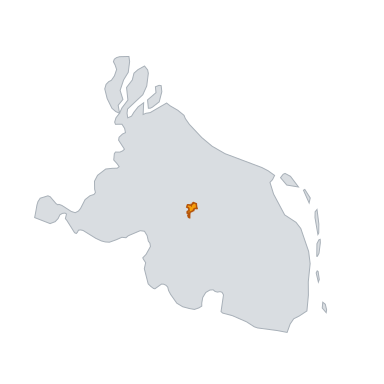 location of Nijkerk, Gelderland, Netherlands, rotated 99°
{"feature_id": "6326949B35923239833945", "entity_name": "Nijkerk", "entity_type": "district", "adm_level": 2, "iso_a3": "NLD", "parent_name": "Netherlands", "parent_adm1": "Gelderland", "projection": "albers", "projection_center": [5.5, 52.215], "detail": "fine", "context": "in_parent", "style": "filled", "palette": "amber", "viewbox_px": 384, "rotation_deg": 99, "n_neighbors": 0, "source": "geoboundaries", "source_scale": "gbopen_adm2", "svg_char_len": 4988}
<svg xmlns="http://www.w3.org/2000/svg" viewBox="0 0 384 384"><g transform="rotate(99 192 192)"><path d="M241.9,343.4L235.2,343.2L228.9,343.1L225.5,342.6L222.0,341.0L221.9,341.0L220.3,337.7L218.3,333.7L218.9,331.3L224.8,324.4L225.6,322.5L225.0,321.5L225.6,318.5L230.1,308.2L230.7,304.1L228.6,301.2L225.7,299.5L216.2,296.4L211.7,292.2L209.7,288.4L207.6,287.3L204.5,288.6L196.6,290.0L190.3,287.9L182.8,280.8L181.1,274.5L180.2,269.6L178.4,267.9L175.8,270.4L172.6,274.3L166.3,274.7L164.5,273.8L164.2,271.6L163.9,269.5L162.2,266.9L160.3,265.4L152.3,272.6L149.3,272.6L145.6,269.7L143.8,267.0L139.7,268.5L136.0,271.8L137.1,278.2L135.1,279.3L130.6,278.7L125.5,275.9L119.8,274.3L111.2,269.7L99.0,273.0L90.7,268.5L83.7,267.9L79.5,264.4L75.0,258.6L78.4,254.9L81.6,253.7L94.4,253.3L103.6,255.8L120.1,268.6L124.3,268.5L128.8,267.1L126.6,263.6L122.4,261.9L116.3,258.5L111.4,253.7L123.1,252.4L121.5,249.9L120.1,245.7L108.1,231.0L110.3,227.1L113.5,218.8L117.5,211.9L120.5,210.1L125.6,205.2L136.7,190.9L143.7,179.2L149.0,165.3L156.9,126.8L159.1,120.2L162.7,113.0L167.2,114.4L170.3,116.5L181.3,111.1L200.1,96.9L205.7,84.5L211.1,78.8L232.5,67.5L244.3,64.1L262.6,63.1L275.7,60.9L291.5,59.9L297.7,66.7L301.3,71.7L307.0,74.4L315.8,76.1L315.5,86.1L316.0,105.9L315.4,109.4L311.7,117.8L307.8,132.8L306.8,142.7L305.6,144.6L288.7,144.8L286.4,146.6L286.0,148.7L286.9,151.2L286.6,153.7L285.3,155.8L286.1,159.1L289.1,162.7L294.5,164.9L300.2,165.0L303.2,164.5L305.4,167.1L307.6,171.2L307.5,176.3L306.8,183.2L304.2,189.6L296.5,197.1L293.0,199.7L289.7,201.1L288.2,203.1L287.5,205.5L287.7,207.7L293.4,213.5L293.3,214.9L291.7,217.9L289.6,220.9L275.2,227.1L269.1,226.7L265.7,229.7L264.7,230.3L260.8,227.6L252.3,224.5L249.1,225.6L247.4,227.4L242.1,229.5L238.2,232.8L238.3,237.1L245.1,248.0L247.5,250.1L247.7,254.2L251.0,259.3L254.5,265.7L254.9,269.8L254.5,273.9L252.8,279.8L247.0,293.6L246.9,296.2L247.5,298.2L249.5,298.8L251.1,299.8L250.6,301.6L239.5,311.3L238.1,312.9L233.4,312.5L232.7,314.1L233.4,316.7L235.2,318.9L239.2,320.1L242.7,322.5L245.4,327.2L241.9,343.4ZM125.5,275.9L124.5,279.9L121.8,284.2L113.0,290.4L103.8,294.3L99.1,293.7L96.0,291.5L94.3,289.1L89.5,286.8L82.8,285.6L78.6,287.8L75.6,290.0L73.0,289.5L71.1,287.6L69.7,284.7L68.0,275.5L73.0,274.0L83.8,273.7L92.0,277.1L102.9,278.9L111.4,274.7L117.9,278.5L125.5,275.9ZM108.1,238.5L114.4,244.4L115.7,246.2L116.1,248.2L108.0,250.3L99.5,243.1L93.8,244.6L91.8,241.2L91.8,239.1L97.7,237.5L108.1,238.5ZM170.3,99.5L164.0,106.8L160.2,104.7L159.1,103.0L161.1,97.2L170.4,87.6L170.3,99.5ZM198.1,66.5L192.3,67.3L189.7,65.8L203.8,61.7L212.7,60.4L214.3,61.0L198.1,66.5ZM236.0,58.7L223.6,60.5L219.4,59.2L218.7,58.0L222.1,57.3L232.6,57.0L235.9,58.1L236.0,58.7ZM184.5,74.6L172.8,82.2L171.8,81.0L179.4,74.3L184.5,74.6ZM286.2,45.2L280.4,45.6L282.0,42.8L287.3,40.6L290.2,40.6L286.2,45.2ZM261.2,53.1L252.5,56.7L250.3,56.0L250.8,55.0L258.5,52.6L261.2,53.1Z" fill="#d9dde1" stroke="#a8b0b8" stroke-width="1"/><path d="M202.9,185.9L202.8,186.3L202.8,186.6L202.7,186.8L202.6,187.1L202.6,187.3L202.6,187.5L202.5,187.9L202.4,188.0L202.4,188.3L202.3,188.5L202.2,188.8L202.2,189.0L202.6,189.4L202.9,189.6L203.0,189.7L203.2,189.4L203.3,189.2L203.7,189.6L203.9,189.7L204.0,189.8L204.3,190.1L204.5,190.3L204.8,190.4L204.8,190.5L205.0,190.6L205.3,190.6L205.2,190.7L205.3,190.7L205.2,190.8L205.2,191.0L205.2,191.3L205.2,191.6L205.2,191.8L205.2,192.0L205.2,192.3L205.2,192.5L205.1,192.8L205.2,193.4L205.2,193.8L205.2,194.0L205.3,194.3L205.5,194.5L205.8,194.6L206.1,194.6L206.4,194.6L207.5,194.8L207.5,194.7L207.8,194.7L207.9,194.4L208.0,194.3L208.0,194.2L208.1,193.9L208.1,193.6L208.1,193.1L208.3,192.9L208.5,192.8L208.7,192.6L208.8,192.6L209.1,192.4L209.3,192.3L209.7,192.4L209.9,192.4L210.0,192.3L210.1,192.2L210.4,192.1L210.5,192.0L210.8,192.1L211.0,192.1L211.2,192.3L211.2,192.5L211.3,192.6L211.4,192.8L211.5,193.0L211.7,193.3L211.8,193.4L211.8,193.5L212.0,193.6L212.4,193.7L212.5,193.7L212.8,193.6L213.0,193.5L213.3,193.5L213.5,193.5L213.5,193.4L213.4,193.2L213.2,192.9L213.2,192.7L213.4,192.6L213.6,192.6L213.8,192.6L214.1,192.6L214.1,192.3L214.0,192.0L213.9,191.9L214.1,191.7L214.3,191.7L214.6,191.6L214.8,191.7L214.7,191.7L214.8,191.6L215.0,191.6L215.3,191.5L215.5,191.4L215.6,191.5L215.8,191.6L216.0,191.7L216.0,191.8L216.1,191.7L216.6,191.7L216.6,191.9L216.6,192.0L216.8,191.9L217.1,191.8L217.3,191.6L217.8,190.7L217.7,190.6L217.7,190.3L215.9,190.6L215.0,190.7L214.3,190.8L213.9,190.8L213.7,190.8L213.1,190.8L212.6,190.9L212.3,190.9L212.2,190.6L211.7,189.9L211.3,189.1L211.2,189.1L210.9,188.9L210.8,188.7L210.6,188.4L210.6,188.2L210.3,187.9L210.2,187.9L210.1,187.7L209.9,187.5L209.9,187.4L209.7,187.4L209.7,187.5L209.8,187.6L209.7,187.7L209.6,187.8L209.4,187.8L209.2,187.7L208.9,187.3L208.7,187.4L208.4,187.4L208.1,187.1L207.9,186.8L207.9,186.7L207.8,186.4L207.7,186.1L207.6,185.9L207.5,185.6L207.4,185.2L207.7,185.1L207.5,184.4L207.3,184.5L207.2,184.5L206.8,184.7L206.8,184.8L206.7,184.8L206.3,185.0L203.1,185.9L202.9,185.9Z" fill="#f59e0b" stroke="#b45309" stroke-width="1.5"/></g></svg>